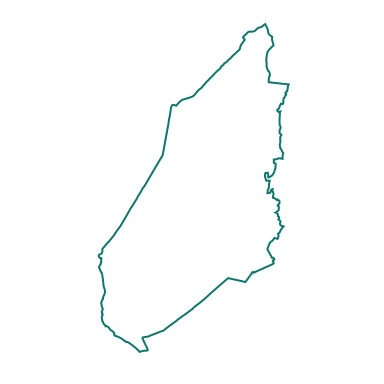 Slobozia Bradului, Vrancea, Romania, rotated 72°
{"feature_id": "2599482B85877381221318", "entity_name": "Slobozia Bradului", "entity_type": "district", "adm_level": 2, "iso_a3": "ROU", "parent_name": "Romania", "parent_adm1": "Vrancea", "projection": "equal_earth", "projection_center": [27.039, 45.483], "detail": "fine", "context": "isolated", "style": "outline", "palette": "teal", "viewbox_px": 384, "rotation_deg": 72, "n_neighbors": 0, "source": "geoboundaries", "source_scale": "gbopen_adm2", "svg_char_len": 5920}
<svg xmlns="http://www.w3.org/2000/svg" viewBox="0 0 384 384"><g transform="rotate(72 192 192)"><path d="M55.0,70.5L55.2,71.7L55.7,72.7L56.4,74.7L56.5,76.6L56.4,78.8L56.9,79.8L58.0,81.9L58.3,83.1L58.2,84.9L57.2,87.9L57.2,88.6L57.3,89.1L57.5,89.8L58.6,91.8L59.5,93.8L60.3,95.3L60.6,95.7L60.8,95.8L62.3,95.2L63.1,94.8L63.5,94.8L64.5,96.1L66.1,98.4L67.5,100.1L69.0,101.3L71.0,102.5L71.4,103.2L71.8,103.9L72.3,105.3L73.7,108.0L75.2,111.6L76.2,113.0L77.0,115.0L77.3,115.4L77.5,116.5L78.4,117.8L79.2,119.2L79.4,120.0L79.4,121.0L79.8,121.7L81.1,123.3L81.0,123.9L81.7,125.6L82.0,125.8L82.4,125.8L83.7,127.8L84.1,129.3L84.8,130.8L85.9,133.0L88.8,138.2L89.7,140.2L90.7,141.8L91.9,144.5L93.5,146.9L94.6,148.9L95.7,150.5L96.3,151.9L96.7,153.3L97.0,154.0L99.2,157.9L99.9,158.6L100.2,159.2L101.1,161.0L101.3,161.9L101.4,162.6L101.5,166.2L101.3,172.6L101.7,174.1L102.4,175.8L103.8,178.3L104.8,180.0L105.0,180.3L104.1,181.7L103.6,182.1L103.4,182.5L103.3,183.4L103.3,183.9L103.5,184.3L104.2,184.9L105.4,185.9L113.7,190.1L114.4,190.5L115.2,191.2L116.0,191.4L119.9,193.4L120.5,193.7L134.3,201.2L147.9,208.5L157.1,219.0L171.2,234.8L172.5,236.4L172.8,237.2L173.0,237.5L176.1,240.7L179.7,245.1L181.3,246.5L187.2,253.6L188.7,255.6L190.4,257.3L197.9,265.6L199.1,267.1L200.3,268.3L202.2,270.5L207.4,277.7L209.0,279.5L213.3,286.1L214.4,288.3L216.7,292.0L218.2,294.4L218.8,295.1L219.3,295.3L220.6,295.4L221.2,295.8L222.8,297.2L222.9,297.9L222.8,299.0L223.2,300.1L223.5,300.4L224.1,300.6L224.7,300.4L225.8,300.3L226.1,300.1L226.2,299.7L226.4,299.6L226.6,299.3L226.9,298.8L227.2,298.7L227.3,298.8L227.5,299.1L228.0,299.3L228.2,299.2L228.5,299.3L229.0,299.5L229.8,299.6L230.1,299.8L230.3,300.1L230.9,300.2L231.2,300.6L231.6,300.6L231.9,300.7L232.2,300.9L232.4,301.4L233.5,302.5L234.3,303.5L234.7,303.7L235.8,303.7L237.3,303.4L238.9,303.5L239.7,303.3L240.2,303.0L241.0,302.8L242.6,302.9L248.0,303.8L248.9,304.1L251.0,304.4L253.7,305.1L258.6,305.2L260.3,305.5L260.7,305.7L261.1,306.3L261.4,306.5L261.9,306.7L262.8,307.3L263.9,308.6L265.6,309.5L265.9,309.6L266.5,309.9L266.6,310.5L267.9,311.6L268.2,311.7L269.4,312.7L270.8,312.7L271.9,313.1L272.5,313.1L273.4,312.9L274.9,313.1L275.4,313.0L275.7,313.1L276.3,313.3L277.3,314.3L277.9,314.7L279.3,314.7L279.6,315.2L280.6,314.9L281.3,314.9L281.5,315.3L281.9,315.7L283.5,316.7L283.9,316.8L284.5,316.7L287.4,317.2L287.9,316.8L289.4,316.8L290.4,316.6L290.7,316.5L290.9,316.2L292.0,315.8L292.5,315.6L293.0,315.7L293.2,314.6L294.9,313.1L297.0,312.6L298.2,312.0L299.9,310.6L301.2,310.0L301.2,309.9L302.6,309.6L303.0,310.0L303.8,310.1L304.7,309.8L305.1,309.6L305.7,308.4L307.5,306.4L309.0,304.8L310.2,304.0L311.4,303.0L313.8,301.4L313.7,301.2L314.4,300.5L314.8,299.6L317.2,297.6L320.0,295.6L323.2,293.6L325.7,292.2L327.9,291.1L328.0,290.8L327.9,288.6L328.0,287.6L328.4,285.5L328.7,284.8L329.0,283.8L328.8,283.1L328.6,283.0L327.1,282.8L324.8,283.2L317.3,284.2L315.5,284.2L315.1,283.8L315.4,281.2L315.9,278.8L315.8,276.8L315.6,275.0L315.3,268.8L315.0,264.6L315.0,263.6L315.1,262.6L314.7,261.2L313.8,259.0L309.6,246.3L308.8,244.7L308.0,241.8L307.4,240.2L306.4,236.7L303.6,228.5L303.1,227.1L302.4,226.1L300.4,220.5L299.2,217.3L297.8,213.6L294.5,206.4L290.9,198.1L286.0,186.5L285.1,184.2L294.1,169.0L289.0,161.9L288.0,160.6L287.2,160.0L286.9,159.0L287.8,158.4L287.4,157.5L287.8,157.0L287.5,156.0L285.6,138.1L285.2,136.5L285.0,136.3L284.1,136.2L283.5,136.3L282.9,136.6L282.5,136.5L282.2,136.3L282.0,135.9L281.9,134.9L281.7,134.6L281.2,134.4L280.7,134.5L279.6,135.1L279.4,136.2L277.8,136.5L269.9,138.0L269.3,137.8L266.6,135.5L265.7,135.0L264.2,133.3L263.9,132.6L263.3,131.0L262.9,130.2L262.2,129.1L261.3,128.1L261.3,127.6L263.0,125.2L262.3,124.4L260.2,123.1L259.3,123.2L258.3,123.1L258.1,122.3L257.5,121.2L257.1,120.6L256.0,119.9L255.6,119.2L254.5,117.9L253.6,116.5L253.0,115.5L252.6,115.9L251.7,117.5L250.4,118.2L249.8,118.2L249.0,118.0L247.5,116.9L246.5,117.1L246.0,117.4L245.2,118.1L244.8,118.3L244.4,117.7L243.6,117.3L243.0,116.9L242.0,117.3L241.6,117.4L241.5,117.7L239.9,117.3L239.1,117.3L237.5,118.8L237.5,118.4L236.8,117.2L236.5,116.2L236.1,115.3L234.8,114.6L232.4,113.9L231.5,114.8L230.5,113.7L230.2,113.2L230.2,112.8L229.5,112.1L228.2,111.8L227.2,111.6L226.4,112.5L225.6,113.0L225.9,113.3L226.0,113.6L224.9,114.3L223.4,115.5L222.9,116.4L222.6,116.7L222.1,116.8L220.4,115.8L218.6,114.9L217.6,114.9L215.9,115.2L214.5,114.8L214.2,114.5L214.1,115.2L214.3,115.7L215.1,116.7L216.8,117.6L216.9,118.2L216.7,119.2L216.4,119.8L216.4,120.6L213.8,119.4L212.9,118.7L211.8,117.6L208.6,116.5L205.3,114.6L204.3,117.2L204.3,117.8L199.9,117.9L197.6,117.0L196.8,116.5L196.6,116.2L196.8,115.6L197.2,115.0L197.3,114.5L197.0,114.3L197.1,114.0L198.6,114.0L199.4,114.2L200.4,114.7L201.1,114.9L201.5,114.9L201.9,114.4L201.8,113.6L201.2,111.1L200.0,109.3L199.4,108.6L198.5,107.7L197.5,107.1L196.4,106.2L195.3,105.4L194.5,105.0L193.9,104.9L193.1,104.6L192.3,104.1L191.4,103.7L190.6,103.7L190.4,104.2L189.9,105.0L189.5,105.1L188.0,104.7L186.4,104.2L187.0,101.1L186.8,100.6L186.7,99.9L186.9,98.9L187.3,97.8L187.9,96.7L188.4,95.6L187.6,95.5L186.4,95.0L182.9,93.1L182.3,93.5L181.8,93.7L179.8,93.8L177.6,94.5L174.0,93.9L173.4,93.4L172.2,92.8L170.2,92.0L169.4,91.8L168.9,91.8L167.2,91.1L166.1,90.2L165.4,89.3L163.1,90.5L160.4,89.7L159.9,89.0L158.4,88.0L157.4,87.6L156.7,87.8L155.3,87.8L153.9,87.5L153.0,87.3L149.2,86.0L145.0,84.3L144.5,84.3L143.4,84.2L143.1,83.7L143.2,83.3L142.8,83.0L142.4,85.2L141.2,85.7L140.4,85.7L140.1,85.4L139.6,84.2L139.3,83.2L137.9,82.4L135.5,80.2L136.3,78.8L136.2,78.2L135.8,77.8L134.7,77.4L133.8,77.1L131.7,76.2L130.9,75.5L130.2,74.3L129.2,73.6L128.5,72.3L127.7,72.2L126.7,72.6L125.6,71.2L125.7,70.5L122.8,68.8L121.4,68.3L119.6,66.8L111.3,85.1L108.8,84.3L106.3,83.1L105.2,81.8L102.3,81.4L101.6,81.4L100.4,82.1L98.3,82.4L95.7,82.3L93.2,81.4L89.5,80.6L85.6,78.9L82.2,76.9L80.4,74.5L79.4,72.6L77.7,69.1L71.8,68.8L69.0,67.8L66.8,69.6L64.9,70.3L60.7,69.7L55.0,70.5Z" fill="none" stroke="#0f766e" stroke-width="2"/></g></svg>